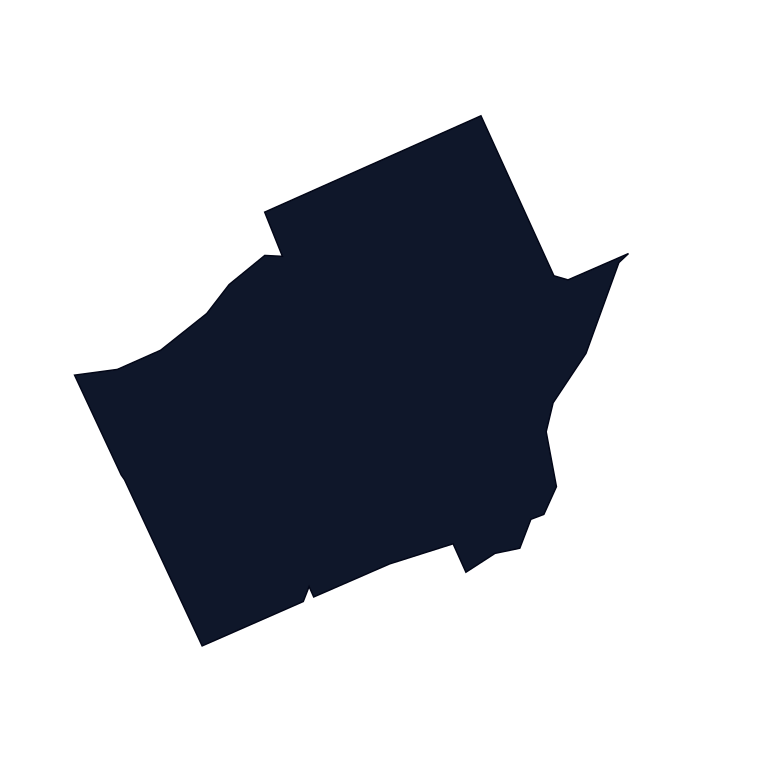 Terrell, Georgia, United States of America (Equal Earth projection), rotated 65°
{"feature_id": "52423323B62158301450735", "entity_name": "Terrell", "entity_type": "district", "adm_level": 2, "iso_a3": "USA", "parent_name": "United States of America", "parent_adm1": "Georgia", "projection": "equal_earth", "projection_center": [-84.412, 31.794], "detail": "fine", "context": "isolated", "style": "filled", "palette": "ink", "viewbox_px": 768, "rotation_deg": 65, "n_neighbors": 0, "source": "geoboundaries", "source_scale": "gbopen_adm2", "svg_char_len": 542}
<svg xmlns="http://www.w3.org/2000/svg" viewBox="0 0 768 768"><g transform="rotate(65 384 384)"><path d="M245.2,660.7L355.3,660.6L361.1,659.6L544.5,659.5L547.0,549.1L535.9,537.5L547.3,537.7L549.4,455.0L558.0,388.9L589.2,389.3L584.4,355.0L590.2,330.3L568.7,308.1L569.7,294.2L549.9,271.1L495.8,257.2L472.5,238.7L441.6,188.0L373.2,119.8L369.1,107.3L367.4,173.3L357.7,184.3L181.9,182.8L177.8,419.5L225.4,422.1L217.1,437.7L228.4,482.3L245.2,514.8L259.0,572.2L258.1,619.5L245.2,660.7Z" fill="#0f172a" stroke="#020617" stroke-width="1.5"/></g></svg>